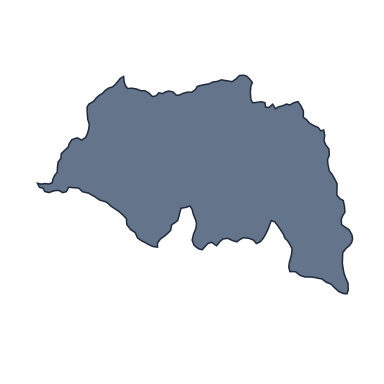 Ingaí, Minas Gerais, Brazil, rotated 351°
{"feature_id": "56859067B52529568172767", "entity_name": "Ingaí", "entity_type": "district", "adm_level": 2, "iso_a3": "BRA", "parent_name": "Brazil", "parent_adm1": "Minas Gerais", "projection": "natural_earth1", "projection_center": [-44.929, -21.424], "detail": "fine", "context": "isolated", "style": "filled", "palette": "slate", "viewbox_px": 384, "rotation_deg": 351, "n_neighbors": 0, "source": "geoboundaries", "source_scale": "gbopen_adm2", "svg_char_len": 2903}
<svg xmlns="http://www.w3.org/2000/svg" viewBox="0 0 384 384"><g transform="rotate(351 192 192)"><path d="M67.9,172.0L71.0,168.0L75.6,169.2L80.7,170.4L83.9,174.6L89.7,177.0L95.1,181.3L99.5,185.5L104.1,187.6L106.8,189.5L109.4,193.0L113.5,196.8L116.8,199.8L120.0,203.7L123.0,208.1L122.5,214.0L125.5,219.5L129.6,223.3L131.0,228.8L134.4,232.2L138.0,234.8L140.8,237.0L144.6,239.6L149.3,241.1L149.9,237.0L153.6,233.4L158.2,231.1L161.5,229.1L164.9,226.5L166.8,221.2L170.2,219.7L173.3,218.0L175.3,214.0L176.7,210.4L178.7,206.3L183.6,206.3L187.7,205.5L189.4,209.3L189.8,214.2L190.9,218.9L191.6,223.7L190.1,228.7L187.0,233.7L184.6,239.5L185.7,245.1L189.6,249.1L193.0,250.7L196.4,247.9L199.4,245.5L203.5,244.7L207.8,248.9L211.6,245.5L215.2,243.3L219.8,243.3L224.5,246.3L228.5,248.3L231.8,246.5L235.6,245.2L240.7,246.5L245.3,249.2L247.5,253.0L251.8,251.8L255.3,248.7L258.6,244.5L262.1,239.4L263.7,236.3L265.9,232.6L269.1,234.5L271.3,238.5L273.5,243.1L275.6,247.9L276.6,252.4L278.8,255.1L280.3,258.8L282.0,263.6L280.6,268.9L279.0,272.8L277.2,276.6L275.8,281.3L276.2,285.9L281.7,286.9L285.8,291.3L290.3,293.6L295.0,294.4L298.1,295.0L301.7,296.4L306.7,298.2L310.4,302.1L314.8,304.7L318.5,309.7L321.7,313.6L325.7,316.0L329.2,316.8L331.1,313.0L331.8,306.3L330.2,300.4L329.4,295.8L329.3,291.7L329.3,286.2L330.4,280.6L331.4,275.5L335.3,271.8L339.1,269.6L341.8,266.9L343.3,263.3L343.3,259.4L341.2,253.7L337.2,250.2L334.6,247.4L335.2,242.3L337.2,238.9L339.9,235.8L340.3,230.6L340.1,224.1L337.2,221.9L334.6,217.7L335.6,212.0L336.6,206.5L335.0,201.5L333.4,197.2L330.9,192.4L330.6,186.1L330.9,181.3L333.4,177.1L334.0,171.0L331.6,166.7L330.4,162.1L331.9,157.0L331.8,151.4L328.6,151.7L326.7,148.0L323.3,145.9L318.9,142.5L316.6,138.7L313.7,135.6L314.7,129.4L313.1,123.9L310.7,119.2L305.8,119.9L302.3,121.4L299.2,119.9L294.6,121.1L290.9,121.3L287.6,122.9L285.4,117.9L281.4,120.5L278.0,119.7L278.0,115.2L274.7,113.7L269.6,113.6L265.7,113.3L264.7,109.6L265.2,103.0L266.6,96.9L268.8,93.2L266.3,89.0L264.1,86.1L261.1,84.7L257.1,84.4L253.1,87.2L248.9,89.3L244.5,87.8L238.5,85.8L234.7,86.7L229.5,86.7L225.6,87.9L222.0,87.8L218.5,88.0L213.9,88.4L211.3,91.5L207.3,93.4L202.8,92.6L198.3,93.2L194.9,94.2L191.8,94.1L188.9,90.2L184.8,88.6L181.4,89.0L178.2,90.2L174.8,88.8L171.6,91.4L167.9,91.6L165.0,87.6L161.2,84.5L157.5,84.0L153.2,81.5L149.0,80.1L144.6,79.7L142.8,76.3L142.2,72.2L142.5,67.2L138.9,68.6L136.0,71.2L132.7,74.1L129.7,75.8L126.0,76.3L122.5,77.9L119.1,80.5L115.3,82.1L112.1,84.2L108.9,87.1L104.0,89.0L101.7,91.6L100.9,97.1L100.4,103.9L101.1,109.2L99.9,113.4L98.0,117.7L95.4,121.5L91.3,123.5L87.0,120.5L81.5,121.5L78.3,125.0L76.6,128.4L73.2,130.6L68.9,133.6L67.8,138.3L64.4,141.5L63.0,146.3L62.0,151.4L59.1,153.9L56.7,157.4L55.4,161.0L51.8,161.7L47.9,160.6L44.7,160.7L40.7,159.2L42.1,163.5L45.5,165.1L46.7,168.5L50.6,170.2L56.1,169.2L60.5,169.5L64.2,172.4L67.9,172.0Z" fill="#64748b" stroke="#1e293b" stroke-width="1.5"/></g></svg>